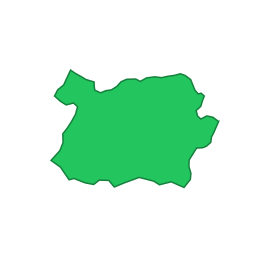 Jincheon-gun, North Chungcheong, South Korea, rotated 312°
{"feature_id": "91817680B40614027699537", "entity_name": "Jincheon-gun", "entity_type": "district", "adm_level": 2, "iso_a3": "KOR", "parent_name": "South Korea", "parent_adm1": "North Chungcheong", "projection": "robinson", "projection_center": [127.46, 36.871], "detail": "fine", "context": "isolated", "style": "filled", "palette": "green", "viewbox_px": 256, "rotation_deg": 312, "n_neighbors": 0, "source": "geoboundaries", "source_scale": "gbopen_adm2", "svg_char_len": 1038}
<svg xmlns="http://www.w3.org/2000/svg" viewBox="0 0 256 256"><g transform="rotate(312 128 128)"><path d="M132.6,46.6L122.6,49.6L117.0,51.4L109.5,50.2L102.6,52.0L102.6,59.9L103.8,66.6L110.1,70.8L110.1,76.2L103.2,79.8L95.0,81.7L87.5,82.9L80.0,83.5L73.7,89.5L65.6,92.5L52.4,92.5L53.7,104.0L50.1,118.9L54.3,121.6L58.7,133.1L63.1,140.3L70.0,141.5L76.2,148.8L75.0,157.3L85.0,162.1L98.8,169.4L105.7,182.7L106.9,189.4L116.9,196.1L121.3,209.4L131.4,208.8L136.4,205.1L140.1,199.1L145.2,194.8L159.0,192.4L163.3,196.7L167.1,198.5L172.7,199.1L177.1,196.1L182.1,194.8L193.7,190.9L193.4,190.6L192.8,183.9L189.7,178.5L183.4,176.1L183.4,171.8L186.5,167.0L192.8,167.6L197.8,165.2L202.8,163.3L202.8,159.1L200.3,157.3L200.9,152.4L205.9,142.2L205.3,135.5L203.4,130.7L197.8,127.0L192.8,122.8L187.8,119.2L184.0,113.7L177.7,108.3L170.8,105.9L169.6,101.0L163.3,94.4L157.7,91.9L151.4,91.9L145.2,90.1L140.8,86.5L135.8,84.1L133.9,78.0L136.4,75.0L139.5,72.0L135.8,64.1L135.1,59.9L133.3,52.0L132.6,46.6Z" fill="#22c55e" stroke="#15803d" stroke-width="1.5"/></g></svg>